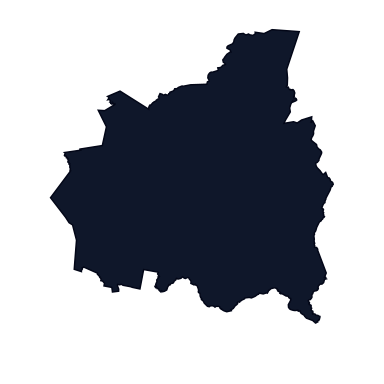 the district of Taupo District, Waikato, New Zealand, rotated 171°
{"feature_id": "76426892B49452595685205", "entity_name": "Taupo District", "entity_type": "district", "adm_level": 2, "iso_a3": "NZL", "parent_name": "New Zealand", "parent_adm1": "Waikato", "projection": "natural_earth1", "projection_center": [175.983, -38.801], "detail": "fine", "context": "isolated", "style": "filled", "palette": "ink", "viewbox_px": 384, "rotation_deg": 171, "n_neighbors": 0, "source": "geoboundaries", "source_scale": "gbopen_adm2", "svg_char_len": 5808}
<svg xmlns="http://www.w3.org/2000/svg" viewBox="0 0 384 384"><g transform="rotate(171 192 192)"><path d="M72.1,91.0L77.0,114.7L76.8,115.9L77.6,117.7L79.6,118.1L79.2,119.7L79.5,121.7L78.8,122.2L79.1,123.3L79.0,125.0L78.6,126.2L78.5,129.8L77.7,130.9L77.6,132.5L75.9,134.3L74.3,137.7L70.9,142.5L68.9,143.4L68.4,144.3L67.4,144.7L66.5,146.0L65.6,146.3L65.0,147.1L65.8,148.0L65.5,148.9L65.7,150.1L65.2,151.1L65.7,151.8L65.4,153.1L64.9,153.9L65.0,154.5L65.4,154.4L65.7,155.1L66.2,155.4L65.9,156.7L64.4,159.2L63.2,160.4L62.4,160.7L62.0,162.4L60.8,164.2L60.8,164.8L55.2,172.4L54.0,175.1L52.6,175.8L52.5,177.0L51.4,177.2L51.4,178.6L51.8,179.7L53.4,181.0L53.6,182.9L54.3,184.4L55.4,184.8L55.9,185.6L56.9,190.4L59.7,188.7L60.2,188.9L62.2,193.0L64.8,196.7L65.4,198.8L65.4,201.1L63.6,201.7L61.7,203.4L61.4,204.8L58.1,209.7L57.7,211.1L58.7,213.5L60.2,214.8L61.5,216.9L61.6,219.4L65.4,223.6L66.1,224.8L66.1,225.3L65.2,227.1L63.8,228.7L62.8,230.5L62.5,233.1L59.9,238.2L61.6,243.3L63.2,242.1L63.6,242.5L62.6,243.2L62.7,244.7L62.0,247.5L72.4,246.0L77.3,243.7L80.7,245.5L90.5,245.4L88.2,248.7L82.4,255.7L82.4,259.7L80.7,263.3L79.5,264.9L78.4,266.0L78.5,265.0L75.3,265.8L74.2,266.5L74.5,267.8L75.3,268.6L76.8,269.2L76.6,270.4L76.0,270.5L75.9,271.7L75.0,273.7L75.4,276.0L76.2,277.3L76.7,277.4L77.1,277.0L77.9,277.5L78.4,277.4L78.7,277.9L79.4,277.8L79.9,278.2L80.5,280.4L81.0,280.2L81.8,281.2L82.3,281.2L82.0,282.0L81.2,282.5L79.8,289.8L79.2,298.5L61.0,333.6L87.5,339.8L96.0,337.2L104.6,339.9L104.6,338.5L107.2,337.1L110.4,338.2L111.4,339.2L113.9,338.7L114.7,339.0L116.5,340.6L121.6,340.8L125.4,337.4L126.6,335.7L127.2,333.8L128.8,332.0L133.6,330.7L134.8,329.7L135.0,328.5L132.1,326.4L131.6,324.2L132.5,324.2L135.9,322.6L139.0,319.7L139.2,319.0L140.7,318.0L140.9,317.3L140.7,315.1L139.6,314.3L139.1,312.7L142.0,312.2L143.2,310.9L144.9,310.5L147.1,310.6L146.9,308.3L147.5,307.9L153.1,307.1L154.3,307.4L155.6,307.0L156.6,306.2L157.8,304.8L158.5,302.2L157.6,299.8L157.7,298.9L159.5,298.4L160.5,296.1L176.7,298.1L184.7,297.8L185.0,298.2L185.5,298.2L189.1,297.4L190.7,296.4L192.9,296.7L193.9,295.2L195.0,294.6L198.2,294.0L198.6,293.0L199.6,292.7L199.9,292.0L201.1,291.4L203.1,292.6L204.9,292.0L206.2,293.2L208.2,294.2L210.2,291.2L209.7,289.9L210.2,289.1L211.2,289.1L213.0,288.2L213.2,287.6L215.7,286.8L215.8,286.5L216.7,286.3L219.0,284.3L220.0,284.4L220.2,283.6L220.6,283.7L221.4,282.5L221.8,280.5L247.3,302.9L260.4,299.6L259.7,299.0L259.3,297.9L260.7,296.3L259.1,296.4L258.8,295.6L258.2,295.0L258.2,294.4L259.0,293.7L258.4,293.4L258.4,292.2L257.3,291.3L256.7,291.7L256.3,292.6L255.8,291.3L255.2,291.0L254.4,291.3L254.3,290.9L254.9,290.3L265.5,286.0L271.8,287.4L266.3,269.8L273.3,251.9L296.6,251.9L295.7,251.5L295.5,251.1L295.2,251.2L295.2,250.7L311.7,250.9L311.1,250.2L312.3,248.1L312.1,247.6L311.4,247.7L310.6,247.1L310.5,246.9L310.8,246.6L310.5,246.3L310.7,245.6L309.7,245.3L309.9,244.5L309.2,244.3L309.5,243.2L309.0,242.3L309.8,241.5L309.9,241.0L309.2,240.5L309.2,240.0L308.8,240.0L308.5,239.3L308.8,238.8L308.5,238.8L308.7,238.4L308.4,237.6L308.8,235.5L308.5,234.0L309.1,232.2L308.8,232.0L309.1,231.8L308.9,231.5L332.6,208.5L320.8,186.8L318.2,180.9L315.1,178.2L313.6,162.5L320.4,134.1L313.7,130.7L313.6,131.6L312.4,133.1L312.3,134.4L311.1,134.5L310.8,134.9L298.0,126.6L298.3,125.7L296.3,122.7L296.5,122.3L295.3,120.4L295.9,118.7L294.3,118.1L292.7,115.7L293.6,113.0L286.3,110.4L286.1,109.4L286.2,105.7L280.0,105.5L279.6,107.6L280.3,110.9L280.0,112.4L278.1,111.7L276.0,111.9L274.8,110.7L267.5,108.1L265.9,107.2L258.6,104.4L251.9,123.0L238.4,118.3L237.8,117.7L238.8,116.5L237.5,113.6L238.9,113.3L238.5,112.6L240.6,110.6L240.5,109.3L242.3,106.4L242.2,104.9L243.4,104.7L242.9,103.2L242.5,103.1L241.8,103.9L241.5,102.0L240.1,101.8L239.9,100.1L238.3,98.1L237.5,99.3L237.0,99.1L236.6,98.1L234.7,98.3L232.3,99.2L230.7,102.3L229.8,103.1L229.4,104.1L228.4,103.6L227.1,104.9L225.0,105.0L224.3,105.6L223.7,106.6L221.6,107.9L221.0,109.1L220.4,109.1L219.5,108.2L217.1,108.4L216.2,108.6L214.7,109.8L213.3,108.3L212.1,107.6L209.7,108.3L208.7,107.9L208.2,106.3L207.4,105.2L206.9,103.7L207.4,101.9L204.5,99.9L203.2,100.4L203.0,99.6L201.6,98.7L200.9,95.3L200.9,93.7L201.4,92.4L201.2,91.6L200.3,91.1L200.0,90.2L200.2,87.9L199.8,86.2L199.1,85.2L199.5,84.8L199.5,84.3L197.8,82.4L197.3,80.4L194.6,76.7L192.9,76.0L191.6,76.7L189.4,76.4L188.3,75.8L187.3,74.7L186.1,75.3L183.9,75.0L182.7,74.4L182.5,73.0L181.4,71.6L181.0,71.8L180.3,70.7L178.9,69.6L176.4,68.3L171.8,68.6L172.0,69.6L171.3,69.4L170.7,70.1L169.5,70.5L166.8,73.2L165.8,73.5L164.4,74.6L164.7,75.4L164.4,76.0L162.6,76.1L162.2,75.8L161.1,77.0L160.2,77.0L159.8,77.4L156.8,78.3L156.3,79.1L152.0,78.9L149.8,78.1L146.0,79.1L143.3,80.5L142.3,80.6L141.4,81.6L137.6,80.2L134.3,80.7L133.5,80.3L132.4,81.6L131.8,82.8L131.4,82.7L129.1,84.2L125.4,84.5L123.3,83.4L123.2,82.2L122.4,81.7L122.7,81.0L122.4,80.4L121.3,79.9L120.6,79.1L121.1,78.3L120.1,77.5L119.7,77.9L119.0,77.5L115.4,74.6L113.3,74.0L112.8,72.4L112.2,72.1L111.8,71.4L111.2,71.4L111.2,70.3L111.7,69.3L114.5,65.6L114.7,63.0L113.9,61.3L112.6,60.3L110.5,59.3L108.8,58.8L106.3,58.7L105.7,58.5L105.7,57.7L103.8,57.5L103.7,56.2L103.1,55.0L100.4,52.6L100.2,51.7L98.7,49.5L92.5,46.0L92.2,45.1L91.6,44.9L90.6,43.3L90.2,43.2L89.2,43.9L88.4,43.9L88.6,44.7L88.0,45.3L87.2,45.1L86.9,46.0L86.3,45.9L85.1,48.7L85.2,49.2L86.3,49.6L86.8,50.3L89.2,51.2L89.5,52.1L91.0,52.7L91.9,52.6L92.0,53.9L91.3,54.3L91.4,55.4L92.4,56.1L92.9,57.0L92.0,58.5L92.5,59.0L92.1,61.4L92.9,61.9L93.1,62.4L93.8,62.6L93.7,63.2L94.0,63.4L93.3,64.3L94.3,66.4L93.5,67.2L91.8,67.3L91.4,68.2L91.0,68.1L90.7,68.4L90.0,69.3L89.7,71.9L88.7,72.6L88.0,74.2L86.5,75.1L84.9,75.0L83.4,75.5L82.4,76.7L82.4,78.1L82.0,79.3L80.4,80.6L79.4,81.0L78.1,80.7L76.2,81.9L74.8,85.0L73.3,85.2L73.6,85.4L73.2,86.2L73.4,86.9L73.7,87.3L74.4,87.2L72.1,91.0Z" fill="#0f172a" stroke="#020617" stroke-width="1.5"/></g></svg>